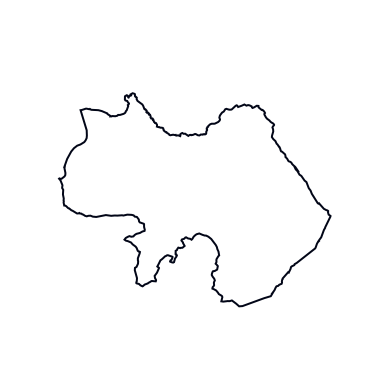 outline of Biharamulo, Geita, United Republic of Tanzania, rotated 116°
{"feature_id": "72390352B49618457772181", "entity_name": "Biharamulo", "entity_type": "district", "adm_level": 2, "iso_a3": "TZA", "parent_name": "United Republic of Tanzania", "parent_adm1": "Geita", "projection": "mercator", "projection_center": [31.336, -2.772], "detail": "fine", "context": "isolated", "style": "outline", "palette": "ink", "viewbox_px": 384, "rotation_deg": 116, "n_neighbors": 0, "source": "geoboundaries", "source_scale": "gbopen_adm2", "svg_char_len": 6053}
<svg xmlns="http://www.w3.org/2000/svg" viewBox="0 0 384 384"><g transform="rotate(116 192 192)"><path d="M261.3,292.4L261.2,291.1L261.7,285.9L261.2,284.9L260.2,284.0L260.5,283.3L259.9,281.8L260.2,280.9L260.0,279.9L260.3,277.7L260.0,275.9L258.9,274.8L257.8,272.9L257.6,270.3L256.4,267.1L250.5,259.3L248.8,254.1L247.2,251.5L245.8,248.5L243.6,244.7L243.2,243.3L240.7,240.2L239.0,236.2L238.6,234.2L239.2,232.7L238.6,230.6L240.0,227.8L241.5,226.8L242.2,225.7L241.7,221.4L241.9,221.0L244.5,219.7L246.6,217.9L247.8,217.6L249.2,219.2L251.7,220.9L254.0,223.6L255.8,224.7L257.6,225.2L258.8,226.9L259.1,228.9L260.5,230.1L262.4,231.4L264.4,231.8L264.7,230.1L264.3,228.2L264.1,224.7L265.1,222.4L265.8,218.7L266.6,217.2L268.6,215.0L268.9,213.7L268.6,213.2L268.7,212.5L270.3,212.1L275.3,211.6L277.3,210.6L277.7,210.1L280.1,209.1L283.6,209.0L285.2,210.0L287.4,209.1L293.5,203.7L296.5,202.5L297.5,202.5L298.3,202.1L298.4,201.8L297.9,199.3L298.5,197.4L298.5,195.2L298.2,194.9L295.9,193.9L293.5,191.6L292.7,191.3L291.5,190.4L290.0,189.5L289.6,189.1L288.2,185.4L287.3,185.5L286.7,185.9L285.7,187.4L283.8,188.8L279.9,188.1L274.8,188.3L274.6,188.5L274.2,190.5L271.6,190.4L267.3,190.4L265.3,189.4L261.6,188.0L261.0,187.4L260.0,186.8L259.4,186.0L258.8,181.5L258.9,181.0L259.9,180.7L262.0,180.7L262.9,181.3L264.0,181.3L264.2,181.1L264.0,179.0L263.7,178.0L262.9,177.4L259.2,178.1L256.9,177.7L255.6,177.8L255.4,178.1L255.8,178.2L255.1,179.5L252.0,180.9L250.8,180.1L249.5,180.2L248.0,179.9L247.6,178.0L247.2,177.8L246.5,176.4L246.0,176.0L243.7,175.0L241.9,177.6L241.3,178.0L240.3,180.2L239.2,180.3L237.4,178.5L235.8,178.0L235.3,177.4L235.5,175.2L234.9,173.2L235.1,171.5L234.0,171.1L231.4,170.9L229.3,170.1L228.0,169.4L226.1,167.3L225.9,163.8L225.6,161.6L225.0,160.2L225.0,157.7L225.8,154.1L229.2,147.4L230.6,145.5L232.3,144.1L233.9,142.1L237.1,139.8L238.2,140.2L241.5,140.5L242.4,140.3L244.2,139.3L246.1,139.3L246.5,138.0L247.3,136.3L250.7,135.4L253.1,137.0L253.9,138.3L254.9,138.5L256.6,138.3L257.9,137.9L259.0,136.4L260.2,134.0L261.5,132.7L263.2,132.7L264.1,132.5L266.0,131.3L267.1,131.3L268.6,131.7L269.9,131.3L269.8,129.5L269.9,127.2L271.0,124.7L272.0,123.1L272.2,120.4L272.5,119.2L273.3,118.6L277.4,117.7L276.8,115.8L274.4,112.1L273.6,110.3L272.0,108.6L273.0,103.4L274.1,99.5L272.4,96.6L255.7,80.5L251.1,75.5L247.4,75.2L247.5,75.4L244.1,74.8L241.2,74.9L239.7,74.7L238.6,73.4L237.1,72.9L235.2,71.2L233.9,71.4L232.8,72.1L231.1,72.5L230.5,72.3L230.0,72.6L221.9,70.4L222.0,69.7L218.0,69.7L216.1,70.1L215.2,69.8L212.9,68.0L211.8,68.1L209.9,66.8L188.8,56.6L187.9,56.5L183.7,57.0L182.1,56.9L180.8,56.5L180.8,56.8L178.7,56.5L176.1,56.0L168.1,56.8L166.0,56.6L165.5,56.8L153.5,56.8L152.8,57.0L152.4,59.3L150.7,60.8L149.4,61.3L149.2,62.2L149.4,63.3L149.3,66.1L146.6,72.6L147.0,72.6L147.0,74.0L141.1,83.5L138.7,86.1L137.4,88.7L132.9,93.5L132.4,95.8L129.6,100.8L129.3,103.0L127.0,106.4L126.2,108.7L125.8,109.2L125.8,107.4L124.2,110.2L123.5,112.8L122.9,114.4L122.1,115.5L121.8,116.8L122.0,118.2L121.8,119.1L120.4,121.0L119.5,123.4L119.0,123.5L117.4,124.8L116.3,128.7L116.4,129.7L115.7,130.6L113.9,132.2L113.6,133.1L113.0,133.4L112.9,134.2L111.8,136.0L111.5,137.1L109.7,139.3L108.8,142.2L107.6,144.3L106.1,144.8L102.0,145.5L100.1,146.6L98.7,148.0L97.6,148.0L96.2,147.6L95.7,147.6L95.3,148.0L94.8,149.3L94.7,151.1L94.4,152.4L93.8,153.7L93.2,156.8L92.4,158.4L90.7,160.8L90.1,161.2L89.0,161.0L88.0,162.4L87.4,164.2L87.3,164.7L87.5,165.1L87.6,164.9L87.7,165.3L87.0,168.3L86.7,169.3L85.5,170.0L86.1,171.6L88.7,173.3L89.9,174.4L89.7,175.2L88.9,175.9L88.9,178.2L89.3,179.7L90.5,180.9L90.4,183.3L92.5,185.0L95.4,187.8L94.5,189.3L94.6,190.0L95.5,190.6L100.2,192.4L100.9,193.0L101.7,194.6L102.2,197.6L103.1,198.4L105.7,198.7L107.5,199.8L110.1,200.3L111.3,200.4L113.2,200.0L114.4,198.7L114.9,198.5L116.2,198.6L117.7,199.2L120.5,201.4L121.0,202.1L121.9,204.1L123.1,205.3L125.5,206.3L126.2,206.1L127.0,206.6L127.2,206.4L128.3,206.7L129.3,206.1L129.2,205.9L129.6,205.6L131.5,205.6L133.2,204.9L133.7,204.9L134.6,205.6L134.5,206.1L135.2,207.3L135.7,207.4L136.4,209.2L137.9,210.1L138.4,211.5L138.3,213.9L138.5,214.7L140.5,216.4L140.7,217.1L141.3,217.6L141.4,218.6L141.9,219.2L143.2,219.9L142.6,223.7L143.4,225.2L143.2,226.5L143.9,227.2L145.2,227.8L145.8,227.7L146.5,227.1L147.0,227.1L147.1,229.2L148.2,230.9L147.8,231.6L148.2,231.9L148.8,234.1L150.5,236.4L150.6,237.3L150.0,238.4L149.8,241.1L149.4,241.3L149.6,242.4L149.1,244.4L148.2,244.9L147.9,245.6L147.4,245.8L147.2,246.4L147.7,248.0L148.1,248.7L148.0,249.7L148.4,250.5L148.6,252.2L148.0,252.3L146.7,253.1L146.2,254.2L145.9,254.4L146.2,255.6L145.8,256.0L145.7,256.8L144.4,258.0L144.7,258.2L144.6,258.6L143.6,259.6L143.3,259.6L143.3,260.2L143.8,260.9L143.4,261.6L143.1,262.0L142.3,262.2L141.1,263.4L141.4,264.4L140.6,265.6L140.3,265.2L140.2,265.4L139.9,266.4L140.4,267.1L139.9,267.5L140.0,268.1L139.0,268.2L138.6,268.8L138.4,270.5L138.1,270.4L137.9,271.6L136.0,273.6L135.1,275.0L134.0,280.9L132.8,282.5L131.4,283.0L130.9,284.6L131.1,284.7L130.8,285.3L129.1,286.2L129.0,287.1L129.3,288.7L130.8,289.7L130.9,289.3L131.3,289.1L131.9,289.1L132.4,289.4L132.7,290.3L134.9,290.4L134.9,290.8L134.1,291.4L133.6,292.3L133.6,292.9L133.8,293.3L134.6,293.5L135.1,294.1L135.6,294.1L138.4,292.8L138.9,291.9L138.6,290.1L139.6,288.7L140.0,287.5L140.6,287.3L142.0,287.8L142.7,287.0L147.2,286.5L148.5,286.9L149.6,286.7L150.4,286.9L151.7,287.7L154.3,290.5L155.1,292.2L156.1,292.5L157.5,294.1L158.7,297.0L159.3,297.4L159.8,298.4L159.4,298.4L159.0,302.1L158.5,302.6L158.8,308.5L159.5,312.0L162.2,318.4L162.3,318.9L162.1,320.2L162.6,320.5L163.3,323.2L163.7,324.0L166.5,326.9L167.3,328.0L182.7,313.7L187.4,311.2L189.8,310.3L192.4,310.3L194.4,310.7L198.2,313.1L200.7,315.5L204.4,317.3L208.6,318.3L217.0,318.7L224.8,317.8L224.6,317.6L226.6,317.0L230.4,314.1L232.3,313.3L233.9,313.4L237.2,315.0L237.8,315.8L237.9,317.1L238.3,317.3L239.2,315.3L242.7,311.4L245.3,310.5L246.5,308.7L250.8,306.9L254.1,304.4L256.1,303.6L256.4,303.2L257.7,302.8L260.2,300.9L259.8,300.0L259.9,298.8L260.7,296.5L260.8,295.6L260.6,295.2L261.3,292.4Z" fill="none" stroke="#020617" stroke-width="2"/></g></svg>